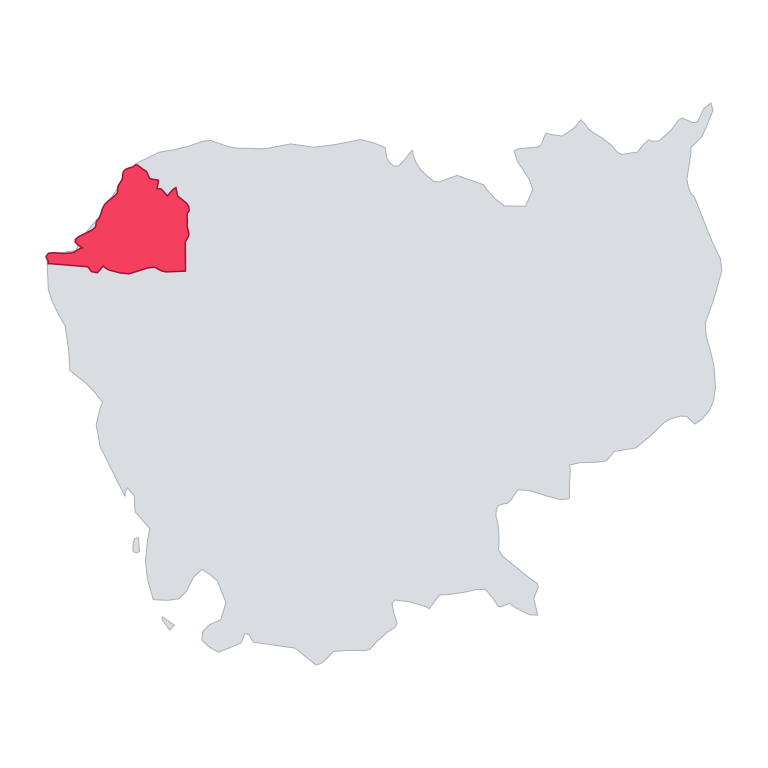 location of Bântéay Méanchey within Cambodia
{"feature_id": "KHM-1777", "entity_name": "Bântéay Méanchey", "entity_type": "Province", "adm_level": 1, "iso_a3": "KHM", "parent_name": "Cambodia", "parent_adm1": "", "projection": "mercator", "projection_center": [102.955, 13.824], "detail": "fine", "context": "in_parent", "style": "filled", "palette": "rose", "viewbox_px": 768, "rotation_deg": 0, "n_neighbors": 0, "source": "natural_earth", "source_scale": "10m", "svg_char_len": 4109}
<svg xmlns="http://www.w3.org/2000/svg" viewBox="0 0 768 768"><path d="M710.9,103.0L713.0,110.3L707.6,124.1L701.9,136.5L691.1,147.4L690.6,155.4L686.9,179.3L688.3,186.9L690.8,193.4L694.3,196.9L703.6,220.2L712.1,241.5L720.4,258.9L721.9,269.9L714.3,297.8L705.3,323.3L706.1,336.1L709.9,348.8L714.0,365.8L715.5,387.5L713.3,401.7L709.3,410.5L701.6,419.5L694.8,424.1L686.8,416.4L680.3,416.1L671.7,418.4L664.9,421.9L651.1,435.2L635.7,448.0L614.5,451.3L606.3,460.8L597.5,462.1L580.7,462.6L569.7,464.9L570.2,469.6L569.3,492.3L569.6,497.6L567.9,499.0L560.3,499.6L547.4,496.2L530.0,490.6L517.7,489.7L511.3,499.6L507.5,503.4L502.8,504.0L497.9,505.7L496.3,510.1L495.9,515.6L498.2,525.0L499.1,540.0L498.5,550.1L503.0,556.6L529.6,578.2L537.4,583.6L538.3,586.8L533.7,598.6L537.8,615.1L529.5,614.8L515.6,607.7L509.0,603.4L500.9,606.9L498.2,606.2L492.7,598.1L485.6,589.8L478.3,589.2L462.8,592.5L447.0,594.8L441.0,594.7L438.5,596.2L429.4,608.6L425.5,606.5L409.5,601.8L395.0,600.0L392.0,603.2L393.8,613.2L397.0,623.1L395.1,627.2L387.1,632.4L376.6,641.7L370.1,649.0L365.6,650.7L349.5,650.4L333.5,651.4L327.1,658.2L321.1,663.5L315.9,665.0L295.0,648.1L253.4,642.2L248.9,634.7L244.9,633.3L241.1,643.0L218.3,652.3L208.7,646.7L201.7,639.9L202.8,631.5L209.4,624.7L220.7,619.8L226.0,602.7L217.3,580.8L209.8,574.4L201.8,569.4L193.4,577.5L186.3,591.5L178.9,598.7L168.5,600.3L153.3,599.7L147.4,578.9L145.4,561.0L147.5,540.6L149.8,528.5L135.1,511.8L134.3,495.9L127.2,487.7L125.1,491.8L125.3,496.4L123.3,493.1L100.1,446.4L96.2,424.7L100.2,408.0L102.6,402.4L95.9,393.6L86.5,383.6L69.9,370.5L68.7,349.8L65.0,325.3L60.0,317.1L52.4,302.0L48.3,289.5L46.9,256.5L49.0,253.8L60.8,252.8L75.9,250.5L78.3,245.1L75.6,240.7L85.3,233.2L99.1,216.8L109.9,199.6L117.6,188.7L122.2,178.0L137.7,162.7L159.2,152.2L173.8,149.7L189.0,146.1L203.5,141.0L210.4,140.5L228.5,146.7L238.3,148.3L248.5,148.2L259.2,148.8L268.4,148.2L290.6,143.9L314.0,147.3L335.0,144.6L361.0,139.6L373.7,142.8L385.3,147.7L386.9,157.9L389.6,162.5L393.5,166.0L398.6,166.0L405.3,159.0L410.8,151.7L412.6,150.4L412.9,153.9L415.6,161.8L420.6,169.6L425.6,174.7L433.9,181.5L439.3,181.9L457.1,175.4L483.7,184.8L486.8,189.5L495.4,199.1L504.7,205.9L525.4,206.3L532.8,189.5L529.2,179.2L517.4,161.4L514.2,150.8L518.0,148.9L538.0,146.9L541.2,144.8L545.7,133.2L551.1,134.5L562.2,136.1L574.0,128.1L580.9,119.8L584.7,123.6L588.9,129.4L593.4,132.8L601.9,137.8L611.2,144.9L616.9,151.8L621.6,154.5L633.5,152.6L636.7,152.9L643.6,144.5L648.5,139.9L652.6,141.2L658.6,141.1L671.0,130.4L678.1,120.6L682.0,117.9L693.1,122.8L697.6,121.8L704.0,108.3L710.9,103.0ZM139.5,551.3L137.3,552.6L135.1,552.6L132.9,550.6L133.1,543.1L134.7,538.6L138.5,537.7L139.5,551.3ZM174.3,625.1L169.7,630.1L162.2,619.7L162.3,616.8L174.3,625.1Z" fill="#d9dde1" stroke="#a8b0b8" stroke-width="1"/><path d="M63.8,253.5L71.6,252.9L74.1,252.0L80.1,248.5L82.4,247.9L77.9,244.9L75.2,242.2L75.3,239.4L79.4,236.2L92.3,229.9L95.3,227.3L95.8,226.1L96.0,223.4L96.3,222.0L96.9,220.9L99.2,218.1L100.2,215.8L102.4,208.6L104.7,204.4L107.9,201.2L115.2,195.4L117.1,193.3L117.6,191.6L117.5,189.6L118.0,186.6L118.9,184.5L121.5,180.7L122.4,178.6L122.7,176.0L122.8,174.3L122.8,173.7L123.4,171.5L125.3,169.5L127.5,168.5L132.2,167.1L134.4,165.8L135.9,164.5L137.7,165.3L143.6,169.7L145.1,170.4L145.8,170.9L146.4,171.6L147.5,173.5L148.6,176.3L149.4,177.9L149.8,178.4L150.5,178.8L151.9,179.2L158.1,180.0L158.4,180.3L158.5,180.9L158.4,181.5L157.2,188.1L157.3,188.9L158.0,189.0L158.6,188.9L159.3,188.8L160.4,188.8L160.8,188.8L162.4,190.1L167.5,195.9L171.1,191.4L172.9,189.6L175.9,187.6L177.5,195.5L177.6,195.8L178.4,196.6L186.1,202.8L187.0,203.7L188.8,206.7L189.1,210.8L187.5,212.8L187.1,215.7L187.4,221.4L187.0,225.7L188.9,233.4L188.7,235.8L187.2,238.6L186.0,240.3L185.3,242.2L185.5,271.1L166.0,271.9L162.1,271.1L158.7,269.5L155.9,267.7L154.3,267.2L147.9,267.9L131.0,273.2L129.1,273.8L120.6,273.0L109.6,270.2L105.6,268.1L103.4,266.0L101.4,268.0L100.3,269.5L97.5,272.6L96.4,272.6L91.4,271.6L87.9,266.8L51.7,263.8L48.1,263.7L48.2,262.2L48.1,261.1L47.6,259.9L46.3,257.7L46.1,256.3L48.5,253.2L53.5,252.7L63.8,253.5Z" fill="#f43f5e" stroke="#9f1239" stroke-width="1.5"/></svg>